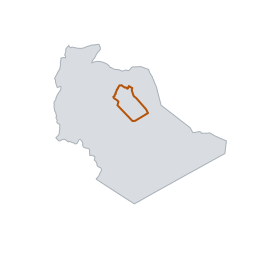 Chad, with Barh El Gazel highlighted, rotated 123°
{"feature_id": "TCD-5581", "entity_name": "Barh El Gazel", "entity_type": "Prefecture", "adm_level": 1, "iso_a3": "TCD", "parent_name": "Chad", "parent_adm1": "", "projection": "mercator", "projection_center": [16.439, 14.695], "detail": "fine", "context": "in_parent", "style": "outline", "palette": "amber", "viewbox_px": 256, "rotation_deg": 123, "n_neighbors": 0, "source": "natural_earth", "source_scale": "10m", "svg_char_len": 4439}
<svg xmlns="http://www.w3.org/2000/svg" viewBox="0 0 256 256"><g transform="rotate(123 128 128)"><path d="M188.2,81.4L188.2,86.8L188.3,92.2L188.3,97.6L188.3,103.0L188.3,108.3L188.3,113.6L188.3,119.0L188.3,124.3L188.3,126.0L188.1,126.7L188.1,126.8L187.9,127.0L185.1,126.5L183.9,126.4L182.3,126.8L179.8,127.0L178.2,127.0L177.1,127.9L176.3,129.0L176.7,131.6L176.6,132.5L176.3,133.4L175.5,134.2L174.8,134.8L174.3,135.3L173.8,136.5L173.4,137.1L173.4,137.8L173.3,138.6L172.8,139.0L171.7,139.3L170.9,139.6L170.3,140.2L169.9,140.6L170.2,141.2L170.4,141.9L170.6,143.1L170.7,143.8L171.3,144.3L171.6,144.7L171.7,145.2L171.4,145.6L170.0,146.5L169.5,146.8L168.8,147.2L168.6,147.4L167.6,148.2L167.0,148.9L166.8,149.5L166.8,150.3L167.3,151.5L167.9,152.6L168.1,153.3L168.2,154.2L168.2,155.0L167.9,155.7L167.4,156.4L165.5,157.6L164.5,158.9L163.8,160.5L163.6,161.4L163.8,161.9L164.2,162.4L164.8,162.7L165.6,162.7L167.0,162.5L168.3,162.3L169.6,162.9L170.3,164.2L170.0,165.2L170.6,167.0L171.0,169.1L171.0,169.8L171.2,170.1L172.0,170.2L172.2,170.7L171.9,174.5L172.3,175.5L172.9,176.3L173.6,176.7L174.2,177.2L174.5,177.5L175.3,177.6L176.1,178.3L176.4,179.2L176.3,180.1L175.8,182.0L175.4,183.2L174.9,183.1L173.9,182.8L172.7,182.6L171.2,182.3L169.8,182.9L168.3,183.5L167.8,184.0L167.4,184.3L166.7,184.3L166.1,184.4L165.7,184.8L165.2,185.4L163.0,186.5L162.5,186.8L162.2,187.2L162.2,187.7L162.4,188.6L162.4,189.7L162.0,190.6L161.4,191.2L160.7,191.4L160.2,191.5L159.8,191.9L158.7,193.9L158.2,194.3L157.2,194.2L154.2,197.3L154.0,198.2L152.9,199.4L151.5,200.8L150.3,201.5L150.2,201.8L149.9,202.0L149.2,202.3L146.6,204.1L143.5,204.0L142.2,204.7L140.8,205.0L138.9,205.3L138.3,205.3L135.8,205.4L132.9,205.3L131.8,205.6L130.8,206.2L130.0,206.8L129.9,207.0L130.0,207.2L129.9,207.4L132.0,208.8L132.5,209.5L132.0,210.2L131.7,210.3L131.4,210.8L130.2,212.4L128.4,214.3L127.4,214.8L127.1,215.2L126.6,216.4L126.3,216.6L125.0,216.7L122.5,216.9L119.1,217.3L117.1,217.4L115.8,217.3L114.0,218.1L113.4,218.4L113.0,218.4L111.2,219.3L109.7,220.5L109.2,220.8L107.1,221.3L106.3,222.2L105.9,222.3L104.6,221.1L103.7,220.1L103.2,219.0L103.2,218.7L102.9,218.7L102.2,219.2L101.5,219.7L101.3,220.8L99.1,221.5L97.3,222.0L96.4,222.8L95.1,223.2L93.5,223.0L92.2,222.7L91.0,222.6L91.6,221.7L91.8,221.0L91.9,220.1L91.8,219.6L91.0,219.3L90.5,218.8L89.5,216.1L88.4,213.4L86.8,210.7L85.1,208.9L83.9,207.9L83.5,207.7L82.9,207.4L82.4,207.1L80.2,205.2L77.8,203.2L77.2,202.2L76.1,200.8L74.8,199.4L74.1,198.7L73.8,197.5L74.7,196.4L75.6,195.1L76.8,194.2L78.4,194.1L80.9,194.5L83.6,194.6L86.3,194.3L87.0,194.1L87.7,194.1L89.1,194.5L91.7,194.4L93.0,193.8L91.6,192.9L90.1,191.4L88.6,189.8L87.8,188.3L87.0,186.4L86.3,184.0L85.8,181.0L85.9,179.2L86.1,178.0L86.9,176.0L86.4,174.8L86.5,173.8L86.4,172.4L86.2,171.7L85.2,169.3L85.0,169.1L84.1,167.5L83.7,164.7L82.7,162.9L81.2,162.1L80.3,161.0L79.9,159.1L79.3,158.6L76.8,158.0L74.8,158.0L73.3,155.9L71.3,153.1L69.5,150.6L68.4,145.5L67.7,142.6L68.5,141.7L69.9,139.7L71.8,135.7L76.1,129.6L78.2,126.4L82.6,121.7L87.9,115.9L90.9,112.6L91.4,106.6L91.9,100.2L92.3,95.4L92.8,89.7L93.2,84.9L93.5,81.4L93.9,76.5L94.2,75.5L96.3,71.6L96.5,71.1L96.1,70.4L93.1,67.1L92.2,66.3L91.7,64.6L92.4,63.6L88.8,58.0L87.9,57.3L87.6,56.6L87.5,55.6L87.4,51.7L86.5,45.6L85.2,38.4L89.5,36.4L92.7,34.8L96.7,32.8L100.5,34.9L106.0,37.8L111.5,40.8L117.0,43.7L122.5,46.6L127.9,49.5L133.4,52.5L138.9,55.4L144.4,58.3L149.9,61.2L155.4,64.1L160.8,67.0L166.3,69.9L171.8,72.8L177.3,75.7L182.8,78.5L188.2,81.4Z" fill="#d9dde1" stroke="#a8b0b8" stroke-width="1"/><path d="M95.6,156.7L95.7,156.2L95.8,155.9L95.8,152.8L95.7,152.6L95.4,152.2L95.2,151.9L95.2,151.7L95.1,151.3L95.1,151.2L95.3,150.8L95.4,150.6L95.3,150.3L95.3,150.1L95.2,150.0L95.2,149.9L94.9,149.8L94.6,149.7L94.4,149.6L94.2,149.6L93.8,150.0L93.7,150.0L92.4,150.0L92.2,146.2L94.3,145.4L97.5,141.5L98.2,140.3L98.4,137.5L99.9,132.2L102.5,123.0L104.6,119.4L118.0,125.9L118.2,126.0L118.8,126.9L119.7,128.0L114.7,149.2L111.2,150.3L111.0,150.5L110.6,152.9L110.6,153.0L110.7,155.7L110.7,155.9L110.6,156.1L109.9,157.2L109.0,156.9L108.4,156.7L108.3,156.8L108.1,156.9L108.1,157.0L107.3,157.1L107.2,157.1L106.9,157.2L106.6,157.2L106.4,157.0L106.2,157.0L105.9,157.2L105.7,157.2L105.7,157.3L105.4,157.5L105.2,157.6L102.5,157.9L102.4,158.0L102.2,158.2L102.0,158.3L101.9,158.3L101.8,158.2L101.6,158.2L101.2,158.1L100.6,158.0L100.4,158.0L100.0,158.2L99.9,158.3L99.7,158.3L96.9,158.3L96.6,157.6L95.6,156.7Z" fill="none" stroke="#b45309" stroke-width="2"/></g></svg>